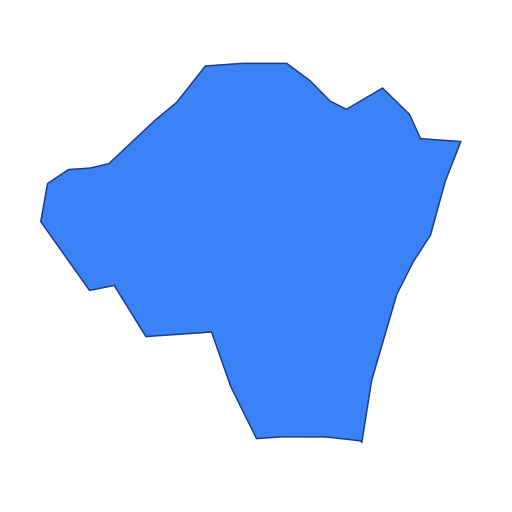 Yeongdeungpo-gu, Seoul, South Korea, rotated 86°
{"feature_id": "91817680B5490200958143", "entity_name": "Yeongdeungpo-gu", "entity_type": "district", "adm_level": 2, "iso_a3": "KOR", "parent_name": "South Korea", "parent_adm1": "Seoul", "projection": "mercator", "projection_center": [126.915, 37.511], "detail": "fine", "context": "isolated", "style": "filled", "palette": "blue", "viewbox_px": 512, "rotation_deg": 86, "n_neighbors": 0, "source": "geoboundaries", "source_scale": "gbopen_adm2", "svg_char_len": 565}
<svg xmlns="http://www.w3.org/2000/svg" viewBox="0 0 512 512"><g transform="rotate(86 256 256)"><path d="M449.1,163.4L388.1,149.3L303.7,118.1L272.4,99.3L247.4,80.5L194.2,61.8L156.1,43.7L150.4,83.7L125.4,93.0L97.3,118.1L116.0,155.6L106.7,171.2L84.8,190.0L66.0,211.9L62.9,255.7L62.9,293.2L67.7,297.6L97.3,324.5L112.9,346.4L153.6,396.4L156.7,415.2L156.7,437.1L169.2,458.9L206.7,468.3L278.7,424.5L275.5,399.5L328.7,371.4L328.7,305.7L385.0,290.1L438.2,268.2L438.2,243.2L441.3,199.4L447.6,165.0L449.1,163.4Z" fill="#3b82f6" stroke="#1e3a8a" stroke-width="1.5"/></g></svg>